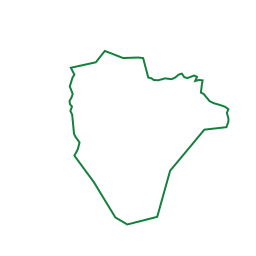 São João do Arraial, Piauí, Brazil, rotated 34°
{"feature_id": "56859067B50480600243719", "entity_name": "São João do Arraial", "entity_type": "district", "adm_level": 2, "iso_a3": "BRA", "parent_name": "Brazil", "parent_adm1": "Piauí", "projection": "natural_earth1", "projection_center": [-42.455, -3.821], "detail": "fine", "context": "isolated", "style": "outline", "palette": "green", "viewbox_px": 256, "rotation_deg": 34, "n_neighbors": 0, "source": "geoboundaries", "source_scale": "gbopen_adm2", "svg_char_len": 827}
<svg xmlns="http://www.w3.org/2000/svg" viewBox="0 0 256 256"><g transform="rotate(34 128 128)"><path d="M181.3,208.4L201.9,185.3L196.7,169.7L186.8,139.8L190.0,108.8L192.2,86.7L209.1,72.3L207.7,66.6L206.0,64.0L201.5,60.2L200.7,56.3L196.8,56.1L191.3,57.5L185.2,59.5L180.6,60.1L171.7,57.5L168.6,57.9L164.8,50.4L163.2,46.8L160.0,48.5L157.4,51.4L156.6,47.0L153.5,47.5L149.4,53.3L146.3,54.4L142.2,52.8L140.2,55.3L138.9,59.8L136.8,63.2L131.0,66.1L126.4,71.5L122.6,73.8L119.6,73.7L116.5,74.8L101.5,61.6L97.3,63.7L84.7,72.8L70.8,75.9L65.7,77.1L64.6,91.5L60.6,95.7L46.9,110.0L53.7,113.7L53.8,117.1L56.5,126.1L63.1,130.7L64.0,133.7L64.5,138.4L66.6,140.7L69.6,141.6L70.7,146.1L74.2,148.1L86.6,163.1L89.2,164.6L95.9,167.1L98.3,173.7L99.0,180.9L130.0,192.0L167.5,209.2L181.3,208.4Z" fill="none" stroke="#15803d" stroke-width="2"/></g></svg>